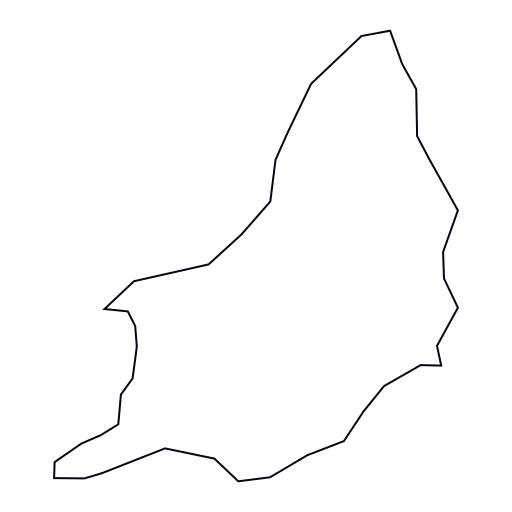 the district of Nikokleia, Paphos, Cyprus
{"feature_id": "46923920B61795442963217", "entity_name": "Nikokleia", "entity_type": "district", "adm_level": 2, "iso_a3": "CYP", "parent_name": "Cyprus", "parent_adm1": "Paphos", "projection": "natural_earth1", "projection_center": [32.57, 34.731], "detail": "fine", "context": "isolated", "style": "outline", "palette": "ink", "viewbox_px": 512, "rotation_deg": 0, "n_neighbors": 0, "source": "geoboundaries", "source_scale": "gbopen_adm2", "svg_char_len": 644}
<svg xmlns="http://www.w3.org/2000/svg" viewBox="0 0 512 512"><path d="M54.1,478.1L84.4,478.4L101.6,473.3L165.0,448.4L214.4,458.6L238.3,481.3L270.0,477.3L307.3,455.2L343.9,441.1L363.4,411.6L384.0,386.1L420.6,365.1L441.2,365.6L437.0,345.8L457.9,307.7L444.0,278.5L443.1,252.0L457.9,210.4L429.2,159.0L417.1,136.0L416.2,89.1L402.3,64.3L393.7,40.6L390.1,30.7L361.5,36.0L311.1,83.8L287.7,132.5L275.5,159.9L270.3,201.5L241.6,234.3L208.6,264.4L134.0,281.2L104.5,309.0L127.8,311.4L135.2,326.0L136.8,346.5L135.8,354.4L132.6,378.4L120.9,394.6L118.3,424.3L100.8,435.1L81.2,443.7L54.6,462.1L54.1,478.1Z" fill="none" stroke="#020617" stroke-width="2"/></svg>